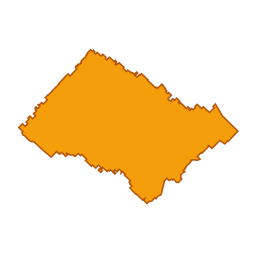 outline of Wagin, Western Australia, Australia, rotated 44°
{"feature_id": "25037944B63512656480867", "entity_name": "Wagin", "entity_type": "district", "adm_level": 2, "iso_a3": "AUS", "parent_name": "Australia", "parent_adm1": "Western Australia", "projection": "albers", "projection_center": [117.292, -33.275], "detail": "fine", "context": "isolated", "style": "filled", "palette": "amber", "viewbox_px": 256, "rotation_deg": 44, "n_neighbors": 0, "source": "geoboundaries", "source_scale": "gbopen_adm2", "svg_char_len": 4475}
<svg xmlns="http://www.w3.org/2000/svg" viewBox="0 0 256 256"><g transform="rotate(44 128 128)"><path d="M209.3,53.9L191.6,53.8L190.4,53.7L190.2,53.6L187.9,53.9L181.8,52.1L179.2,51.4L177.0,50.8L174.2,50.0L174.2,53.5L176.0,53.5L175.9,60.1L172.3,60.4L167.4,60.4L167.4,62.9L161.3,62.9L161.3,66.1L162.1,66.2L162.1,69.7L160.2,69.7L160.2,72.6L158.8,72.6L158.8,71.1L156.5,71.1L156.5,73.5L154.5,73.5L154.5,73.3L148.3,73.3L148.3,74.6L146.6,74.6L146.6,72.7L142.2,72.7L142.2,75.9L139.9,75.9L139.9,77.4L140.1,77.4L140.2,79.3L136.4,79.3L136.4,74.3L132.6,74.3L132.6,75.8L130.3,75.8L130.3,74.4L127.4,74.4L127.4,73.5L123.6,73.5L123.6,72.9L121.8,72.9L121.8,78.7L120.4,78.7L120.4,79.7L118.7,79.7L118.7,80.0L116.9,80.0L112.9,80.0L109.1,80.2L109.1,79.5L100.0,79.5L100.0,81.6L99.2,81.6L99.2,85.2L96.8,85.2L96.8,81.7L96.1,81.7L96.0,81.8L95.7,82.0L95.4,81.8L95.2,84.0L95.2,84.5L95.3,84.8L95.3,85.1L95.1,85.0L93.2,85.0L93.2,85.4L92.2,85.7L92.4,85.9L92.2,86.1L89.8,86.1L89.8,86.6L87.6,86.6L87.6,88.5L85.8,88.4L82.9,88.4L82.9,87.1L76.5,87.2L76.5,87.4L76.3,87.4L76.3,89.2L75.4,89.2L75.4,91.1L74.6,91.1L73.8,90.1L73.8,89.2L73.3,89.2L73.3,88.2L71.8,88.2L71.8,89.9L65.5,89.9L65.5,91.4L65.4,91.4L65.4,93.8L63.8,93.8L62.8,92.4L62.7,92.4L58.7,92.5L58.7,93.9L58.6,95.0L53.3,95.0L53.3,97.2L51.0,97.2L51.0,96.2L49.2,96.2L49.2,97.6L46.7,97.6L46.7,102.6L47.3,102.6L47.3,104.9L48.1,104.9L48.1,107.9L47.8,107.9L47.8,112.0L48.2,112.3L48.5,112.8L48.3,113.2L48.7,113.6L49.1,113.7L49.3,113.9L48.7,114.5L49.1,114.8L49.2,115.2L48.6,115.4L48.6,115.5L48.4,115.9L48.4,116.0L48.5,116.1L48.6,116.3L48.6,116.5L48.6,116.8L48.5,117.0L48.5,116.9L48.3,116.8L48.2,116.8L47.9,116.9L47.7,117.0L47.5,117.3L47.6,117.6L47.7,117.8L47.8,117.9L47.9,118.0L48.0,118.1L48.3,118.1L48.5,118.1L48.7,118.3L48.8,118.4L48.8,118.5L48.7,118.8L48.4,119.0L48.2,119.0L47.9,119.2L47.9,119.3L47.9,119.5L47.6,119.7L47.6,119.8L47.5,120.0L47.7,120.3L47.8,120.4L48.0,120.4L48.2,120.5L48.3,120.7L48.4,120.9L48.5,121.0L48.8,121.1L49.0,121.1L49.3,121.1L49.6,120.9L49.8,120.9L50.0,120.9L50.1,121.4L50.2,130.6L47.2,130.7L47.2,133.6L47.2,136.4L47.3,136.5L47.3,140.0L47.4,144.5L47.9,144.5L47.9,149.0L47.7,149.0L47.9,157.7L47.8,159.5L47.4,159.5L47.4,163.7L50.4,163.7L50.4,169.6L48.2,169.6L48.2,172.0L48.2,172.7L48.0,172.9L47.8,173.0L47.6,173.2L47.4,173.2L47.3,173.3L47.1,173.4L47.1,173.8L49.5,173.7L49.5,176.7L47.2,176.7L47.2,178.2L48.6,178.2L48.6,179.3L50.4,179.3L50.4,182.2L50.1,182.2L50.1,183.4L53.0,183.4L53.0,187.5L49.1,187.6L49.1,190.4L50.6,190.4L50.6,194.5L52.9,194.5L52.9,198.2L49.1,198.2L49.1,203.6L55.0,203.6L55.0,205.1L57.0,206.0L60.4,205.1L61.1,205.5L65.5,205.6L67.5,205.1L68.5,204.4L68.5,204.0L69.3,203.7L70.1,203.2L73.0,203.2L79.0,203.1L82.3,203.1L90.3,202.4L92.9,202.4L93.0,202.3L93.0,194.6L96.1,194.6L96.1,194.1L97.2,194.1L97.2,191.7L102.9,191.7L102.9,189.3L101.3,189.3L101.3,188.7L102.4,188.7L102.8,188.0L104.3,188.0L105.4,187.4L106.1,186.7L106.6,185.6L107.8,185.6L107.8,185.3L109.8,185.3L109.8,180.9L113.0,180.9L113.0,179.2L120.0,179.2L120.0,180.9L128.0,180.9L128.3,180.9L128.2,180.6L128.2,180.4L128.1,179.9L128.1,179.3L132.6,179.3L132.6,175.0L135.9,175.0L135.9,178.9L139.2,178.9L139.2,176.2L137.3,176.2L137.3,173.9L141.4,173.9L143.2,173.8L143.2,171.8L144.4,171.8L144.4,170.2L150.5,170.2L150.5,169.1L147.6,169.1L147.6,167.2L150.5,167.2L150.5,163.7L153.2,163.7L154.4,165.3L154.4,163.1L158.1,163.1L158.1,164.3L163.2,164.3L165.3,164.2L166.4,164.2L166.4,166.2L168.3,166.2L168.3,167.0L171.0,167.0L171.0,169.8L171.9,169.8L176.7,170.2L177.3,170.2L179.8,170.2L179.8,169.7L188.5,169.7L189.0,167.2L189.8,169.1L194.1,169.1L194.2,166.6L195.9,163.6L195.9,162.9L195.8,159.4L197.3,159.4L197.1,158.1L196.9,156.5L197.0,155.6L197.5,154.5L197.9,154.1L197.9,152.4L197.4,151.6L190.9,140.6L190.9,140.3L190.9,140.1L190.9,137.1L192.0,137.1L192.1,137.3L192.4,137.3L193.0,137.4L193.4,137.3L193.6,137.3L193.8,137.2L194.0,137.1L194.1,136.9L194.2,136.7L194.8,135.2L194.9,134.9L195.0,134.8L195.1,134.7L195.3,134.6L195.5,134.6L195.8,134.6L196.0,134.6L196.0,133.3L198.2,133.3L198.5,133.3L198.5,133.2L198.9,133.2L199.5,133.3L200.6,133.3L202.1,132.3L202.1,127.4L200.8,127.3L198.5,125.0L198.6,120.8L199.1,120.8L199.2,120.0L197.3,120.0L197.3,116.5L196.6,116.5L196.7,109.5L196.4,109.5L196.4,107.1L195.8,107.1L197.9,104.7L199.9,103.5L200.6,102.4L201.5,100.4L197.6,100.4L197.7,94.7L198.7,94.7L198.8,85.7L198.2,85.4L198.2,84.4L201.1,84.4L202.6,84.4L202.7,73.2L208.7,72.2L208.7,71.3L208.7,71.2L208.7,68.1L209.3,68.1L209.3,53.9Z" fill="#f59e0b" stroke="#b45309" stroke-width="1.5"/></g></svg>